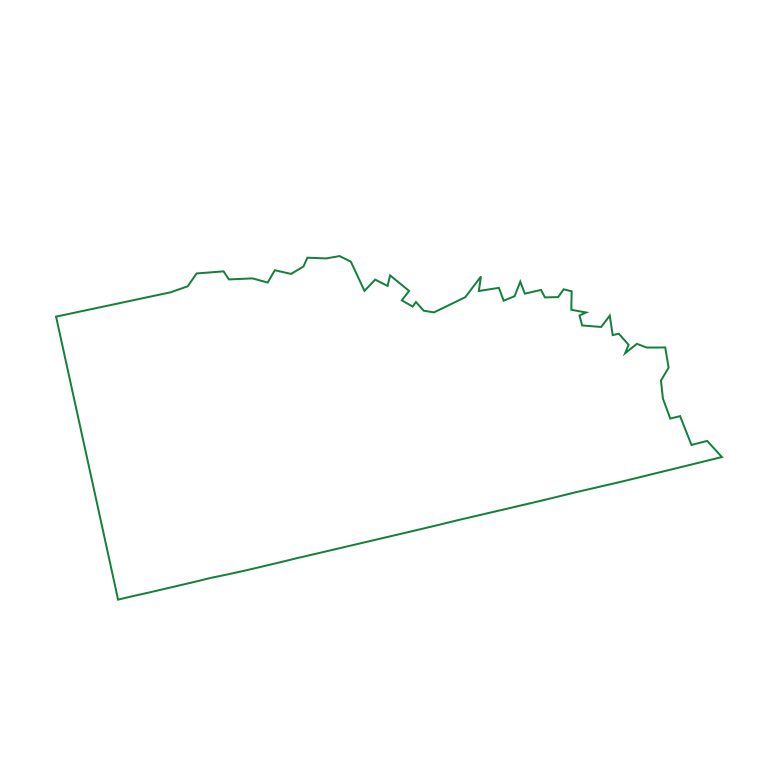 the district of Union, Arkansas, United States of America, rotated 346°
{"feature_id": "52423323B83762983029089", "entity_name": "Union", "entity_type": "district", "adm_level": 2, "iso_a3": "USA", "parent_name": "United States of America", "parent_adm1": "Arkansas", "projection": "albers", "projection_center": [-92.475, 33.198], "detail": "fine", "context": "isolated", "style": "outline", "palette": "green", "viewbox_px": 768, "rotation_deg": 346, "n_neighbors": 0, "source": "geoboundaries", "source_scale": "gbopen_adm2", "svg_char_len": 1193}
<svg xmlns="http://www.w3.org/2000/svg" viewBox="0 0 768 768"><g transform="rotate(346 384 384)"><path d="M82.1,239.3L75.7,464.2L73.8,528.9L85.6,529.0L102.2,529.4L155.5,530.2L164.5,530.2L171.2,530.3L171.4,530.3L180.3,530.7L203.4,531.4L246.2,531.9L251.7,531.9L251.9,531.9L252.7,531.9L257.8,531.9L260.9,532.0L383.4,533.7L400.9,533.9L402.6,533.9L423.9,534.0L491.0,535.0L496.0,535.1L514.2,535.3L543.4,535.4L590.5,536.2L694.2,536.6L683.8,517.4L667.6,517.5L663.5,486.8L653.4,486.8L651.1,465.5L653.6,447.6L664.1,437.0L665.7,416.6L647.7,412.2L639.1,406.2L625.4,412.5L630.8,405.1L624.0,392.0L617.7,391.9L619.6,372.3L608.5,381.2L590.4,375.1L590.3,364.8L597.4,363.5L583.7,357.3L588.5,339.4L581.2,335.6L574.0,341.8L561.1,338.9L559.1,330.7L542.5,330.4L541.0,317.7L532.0,330.4L520.3,332.1L518.7,318.5L498.5,316.7L504.1,303.1L483.9,319.4L449.9,326.6L440.3,322.5L434.8,312.2L430.5,315.8L421.5,307.1L430.9,299.8L416.2,280.1L411.2,289.7L400.7,280.6L387.6,288.9L381.4,257.2L371.8,249.1L358.4,248.2L340.2,242.9L334.3,250.5L320.4,254.7L305.6,247.2L295.7,257.4L281.9,249.7L258.8,245.0L255.6,235.9L228.9,231.4L217.2,241.7L199.2,243.4L105.1,240.1L82.1,239.3Z" fill="none" stroke="#15803d" stroke-width="2"/></g></svg>